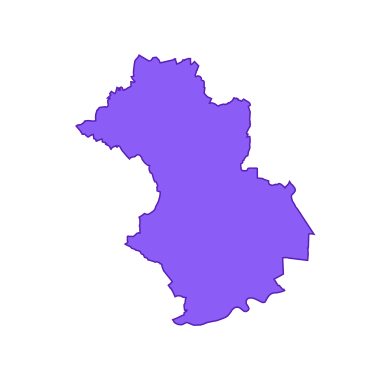 Ernei, Mures, Romania (Albers equal-area conic projection), rotated 226°
{"feature_id": "2599482B63747997381834", "entity_name": "Ernei", "entity_type": "district", "adm_level": 2, "iso_a3": "ROU", "parent_name": "Romania", "parent_adm1": "Mures", "projection": "albers", "projection_center": [24.69, 46.618], "detail": "fine", "context": "isolated", "style": "filled", "palette": "violet", "viewbox_px": 384, "rotation_deg": 226, "n_neighbors": 0, "source": "geoboundaries", "source_scale": "gbopen_adm2", "svg_char_len": 6084}
<svg xmlns="http://www.w3.org/2000/svg" viewBox="0 0 384 384"><g transform="rotate(226 192 192)"><path d="M293.3,277.4L293.0,277.1L292.9,276.1L293.0,274.4L294.5,270.0L299.0,272.1L299.1,272.5L299.7,272.3L300.4,269.7L301.2,268.4L307.0,258.8L309.9,259.9L311.1,260.0L312.1,259.8L313.5,260.0L315.1,258.2L315.7,257.0L315.3,255.2L315.2,253.9L315.6,252.8L316.3,252.0L327.2,249.0L326.5,246.9L326.2,243.0L326.0,242.2L325.3,241.1L323.5,238.7L319.3,233.6L318.0,232.3L315.8,230.8L317.1,228.4L314.2,227.7L311.4,227.7L310.9,227.5L310.9,227.2L311.2,226.4L312.4,225.8L313.7,224.5L312.8,223.9L310.4,221.4L311.5,218.1L311.8,215.8L312.5,214.8L312.4,214.2L312.6,213.6L312.8,213.5L313.0,213.2L315.4,214.2L316.3,214.1L316.8,213.7L317.0,212.4L315.3,211.2L316.4,209.8L317.4,211.3L317.8,211.4L319.3,210.7L316.8,206.5L316.4,204.8L320.4,203.8L319.9,201.1L318.1,200.8L318.3,196.6L316.5,198.1L316.0,197.6L316.7,196.8L316.6,195.8L316.3,194.9L314.6,193.4L312.9,192.4L312.0,190.6L312.1,190.2L312.8,188.9L313.6,188.8L316.9,184.4L317.1,182.7L316.3,181.9L316.6,181.6L316.8,180.8L316.7,180.2L314.5,176.5L313.0,174.8L310.1,172.2L311.6,170.2L315.4,167.0L317.1,164.9L317.6,163.8L317.2,163.1L317.1,162.5L317.5,159.5L317.9,158.5L319.4,156.6L319.7,155.6L319.9,154.5L312.4,154.0L311.9,153.6L311.3,153.6L309.8,153.2L309.0,153.9L308.5,155.0L304.2,155.2L303.5,155.8L303.1,158.5L302.0,161.0L298.6,158.4L296.9,159.3L295.2,158.4L294.8,158.9L295.4,159.2L294.7,159.7L294.1,160.6L293.4,162.5L292.5,164.1L290.3,162.3L287.8,164.0L287.5,163.6L286.0,164.0L286.0,163.1L283.0,164.3L281.1,164.1L279.9,163.5L279.0,163.5L279.4,165.2L278.9,167.2L278.3,168.3L278.0,169.6L277.2,169.1L276.3,169.2L276.5,171.2L274.3,171.6L271.9,170.8L270.3,170.5L262.5,170.0L259.2,170.0L259.4,171.5L258.8,172.9L258.0,174.3L257.3,175.1L257.0,175.8L257.1,177.0L256.9,178.0L256.3,179.1L254.8,180.0L252.1,179.8L251.1,179.6L250.6,179.0L249.5,178.7L246.0,178.3L243.4,178.5L241.9,178.8L240.4,179.8L239.9,178.9L238.5,177.2L237.1,176.3L234.9,175.4L234.6,175.4L234.2,175.8L233.8,176.0L232.1,175.7L227.7,173.2L225.2,172.4L224.5,173.2L224.0,173.2L221.2,172.1L220.2,171.5L219.7,169.8L218.4,169.1L217.1,167.7L214.0,169.2L211.4,166.1L208.8,161.8L207.5,158.4L206.7,155.8L205.6,153.9L205.2,153.0L205.2,150.3L206.1,145.5L206.4,145.0L207.6,143.7L209.6,142.8L209.8,140.0L210.6,136.4L208.9,135.7L207.5,134.6L205.0,132.2L204.4,130.9L204.0,130.5L202.7,129.9L200.4,127.7L198.6,126.4L199.1,125.4L199.7,125.3L200.5,123.8L200.6,119.7L200.9,118.5L201.7,118.1L201.9,117.8L203.0,116.8L203.5,116.0L204.4,115.6L204.8,115.1L204.7,114.4L203.4,113.3L202.4,112.1L200.4,110.8L200.7,108.8L201.0,107.8L201.4,107.4L195.7,109.6L193.3,109.6L191.0,110.9L188.9,111.3L187.6,112.3L185.3,113.4L183.1,112.7L181.8,112.9L180.9,113.5L178.2,112.6L177.3,112.7L177.0,113.4L175.3,113.7L174.7,113.7L173.9,113.2L173.6,113.3L169.5,115.8L167.4,116.6L167.1,116.8L166.6,117.9L165.9,118.5L164.4,119.0L163.7,119.6L162.5,119.2L161.5,119.9L160.8,119.8L160.0,119.2L157.9,118.1L155.0,116.9L141.2,115.6L141.1,113.0L141.4,110.2L137.6,109.6L137.5,109.9L133.7,109.0L128.4,107.1L127.6,109.3L126.6,110.3L125.0,111.7L124.2,112.1L123.5,112.0L121.8,113.0L120.2,114.4L119.0,112.3L117.2,110.2L116.9,109.7L116.5,108.2L115.9,107.4L112.2,104.6L111.5,104.8L110.9,106.3L110.1,105.6L110.6,102.5L109.2,100.8L110.0,99.1L111.9,93.2L113.5,89.4L110.7,88.8L109.0,89.0L106.6,89.9L104.3,91.7L103.3,93.2L102.0,97.3L101.0,98.1L95.7,100.4L94.8,101.0L90.5,105.7L89.3,108.0L87.3,112.8L82.1,120.8L79.8,126.0L78.6,129.0L78.1,131.8L78.7,136.4L79.4,139.2L79.3,141.3L78.9,143.0L78.0,144.3L76.2,145.6L74.8,146.0L70.4,146.5L69.3,147.1L68.6,147.7L68.1,148.9L67.9,150.5L68.5,151.9L70.2,152.7L74.0,153.5L74.7,154.0L75.9,155.2L76.5,156.6L76.5,158.1L75.8,159.7L74.1,161.6L71.2,163.2L64.0,165.8L63.1,166.4L62.6,167.1L62.2,167.7L62.2,168.5L63.4,172.3L63.9,174.9L64.0,176.8L63.8,178.1L62.8,180.5L60.4,183.3L58.3,186.8L56.8,190.1L58.1,190.5L58.6,189.9L59.5,189.6L64.2,189.8L65.1,189.0L72.3,190.5L69.5,200.7L81.6,211.4L81.1,212.3L78.9,214.7L76.9,216.0L62.5,227.7L66.7,232.5L70.7,235.9L71.3,236.1L71.0,236.8L72.0,237.9L80.6,246.7L80.1,247.6L78.6,249.2L76.9,250.4L106.4,256.0L109.3,256.2L111.4,257.0L115.9,258.0L118.9,259.7L120.2,260.8L120.6,261.6L120.6,264.7L121.1,266.9L121.7,267.6L123.0,268.5L123.8,268.7L127.1,269.1L128.9,268.9L131.8,269.4L130.9,267.4L130.7,265.7L130.7,263.6L130.3,261.8L132.0,261.9L135.6,261.4L137.2,260.9L137.8,260.0L138.2,258.2L139.3,257.7L140.3,255.6L141.3,254.0L142.5,253.6L143.6,253.0L145.1,253.3L146.7,254.8L150.4,252.8L152.9,252.0L155.5,249.6L156.7,248.8L163.6,255.3L164.3,255.0L168.4,250.8L169.4,249.7L170.0,248.7L169.3,246.1L172.3,243.1L173.6,243.1L174.5,243.3L175.7,244.4L176.7,244.9L177.4,245.7L178.2,246.3L178.3,246.8L178.2,247.0L178.3,247.3L178.1,247.6L177.9,248.4L178.2,249.3L178.8,249.6L179.2,250.0L179.2,250.6L178.8,251.2L179.3,251.7L179.4,252.2L180.0,255.1L180.0,256.2L179.4,257.2L179.5,257.6L181.9,260.7L182.2,261.7L183.3,263.9L184.4,265.2L185.9,266.2L187.6,268.2L187.5,268.4L189.6,270.4L191.8,272.1L193.4,269.8L194.4,272.1L194.8,272.4L195.1,272.4L195.8,271.7L196.7,272.3L198.5,277.5L198.8,279.2L199.3,279.3L199.7,280.4L200.7,281.5L201.3,281.4L202.3,282.8L203.6,283.3L209.1,289.4L214.4,291.9L214.1,293.2L214.0,294.3L215.4,295.1L217.1,295.2L221.0,294.1L222.9,293.7L223.0,292.9L222.9,291.0L223.1,290.5L224.7,290.1L226.1,289.0L226.4,289.1L226.8,289.7L227.1,289.8L228.9,288.9L228.9,288.3L229.2,287.8L230.5,287.7L230.6,287.3L229.7,284.8L230.2,280.4L230.9,280.2L231.0,278.5L231.2,277.7L231.6,277.5L232.2,276.4L233.3,275.7L233.9,274.7L235.4,271.8L235.3,270.8L236.5,270.2L239.2,269.8L241.6,268.7L242.4,268.1L243.8,266.3L245.6,270.9L249.7,269.2L254.6,269.3L258.1,273.7L258.9,273.3L260.5,275.1L263.2,277.5L263.9,277.5L265.5,276.6L265.9,276.6L267.5,277.8L268.2,278.0L269.6,277.9L270.7,277.4L271.5,276.8L271.8,276.3L272.2,274.8L273.0,274.8L274.0,275.7L275.0,277.8L275.5,278.5L276.1,279.8L276.1,280.5L277.0,281.7L277.2,282.6L278.1,284.4L284.1,284.4L284.0,282.0L284.1,280.6L284.6,279.6L285.4,280.1L286.5,281.4L287.6,282.1L289.0,283.6L290.4,282.2L290.9,281.2L292.2,278.7L291.9,278.0L293.3,277.4Z" fill="#8b5cf6" stroke="#5b21b6" stroke-width="1.5"/></g></svg>